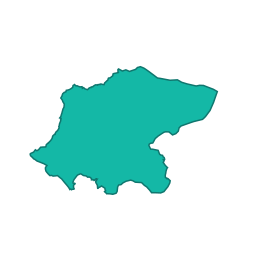 Kakata, Margibi, Liberia (Natural Earth projection), rotated 45°
{"feature_id": "62588387B63407074353739", "entity_name": "Kakata", "entity_type": "district", "adm_level": 2, "iso_a3": "LBR", "parent_name": "Liberia", "parent_adm1": "Margibi", "projection": "natural_earth1", "projection_center": [-10.265, 6.691], "detail": "fine", "context": "isolated", "style": "filled", "palette": "teal", "viewbox_px": 256, "rotation_deg": 45, "n_neighbors": 0, "source": "geoboundaries", "source_scale": "gbopen_adm2", "svg_char_len": 5499}
<svg xmlns="http://www.w3.org/2000/svg" viewBox="0 0 256 256"><g transform="rotate(45 128 128)"><path d="M159.5,189.5L159.5,189.4L161.8,187.3L164.1,185.6L165.7,182.6L165.5,181.7L165.2,180.6L162.6,177.3L162.3,176.9L161.7,174.9L163.1,173.0L163.3,170.1L164.3,167.0L164.4,166.7L164.8,166.2L166.7,163.0L168.9,161.8L171.4,161.2L173.6,159.3L176.2,157.0L180.1,157.0L182.9,156.4L184.2,156.5L186.1,156.6L186.8,156.6L189.9,157.0L190.4,157.1L191.2,156.3L192.8,154.7L197.1,150.7L197.2,150.3L197.5,149.7L198.4,147.6L197.7,141.3L196.4,137.3L195.3,135.8L195.3,135.7L195.0,135.4L194.3,135.5L194.1,135.5L193.8,135.5L192.7,135.5L192.3,135.5L192.0,135.6L190.9,136.0L190.6,136.2L190.7,136.3L190.3,136.3L190.2,136.3L189.8,136.4L189.7,136.4L189.4,136.5L187.8,135.1L187.0,133.9L186.7,133.4L186.5,133.0L186.2,132.8L186.1,132.6L185.4,131.6L185.1,131.0L185.0,130.8L184.8,130.5L184.1,129.1L184.0,128.4L184.0,128.1L183.4,128.1L182.3,128.1L181.6,128.1L181.4,128.1L181.1,128.1L180.9,128.1L177.5,127.5L177.3,127.5L176.7,125.7L175.5,125.4L176.3,124.8L176.1,124.2L174.6,123.4L174.2,123.3L173.8,123.5L173.2,123.5L171.8,122.9L171.3,123.2L170.2,124.0L169.8,124.0L169.6,124.0L168.9,124.2L168.3,123.9L167.3,123.5L165.4,122.6L165.1,122.5L161.6,124.8L161.1,125.1L160.0,125.9L159.1,126.9L157.1,126.3L155.0,125.5L154.8,125.2L154.4,124.2L154.6,123.6L154.7,123.3L154.8,122.8L156.1,121.1L155.5,118.8L155.3,118.3L154.9,116.9L154.7,116.0L154.7,115.4L154.9,114.8L154.9,113.9L155.0,112.6L155.0,112.4L155.0,112.2L155.2,111.4L155.9,107.8L156.1,107.1L156.4,105.6L157.4,103.9L157.5,103.9L159.2,102.3L159.7,101.8L164.4,101.4L165.8,98.2L165.8,96.5L165.8,94.7L164.0,91.7L164.1,89.0L167.3,82.3L167.7,81.5L168.1,80.7L168.2,80.4L170.0,76.8L171.4,74.5L174.6,69.2L174.7,67.3L174.7,65.1L173.6,57.6L170.3,49.2L169.3,47.2L168.9,46.4L165.4,39.1L164.9,39.2L160.9,40.3L158.9,41.2L158.2,41.5L155.3,42.8L151.2,44.6L149.4,46.3L148.5,47.1L146.5,50.1L144.9,51.1L138.7,55.0L134.6,57.2L133.7,57.7L131.4,58.3L128.9,59.0L124.7,63.7L124.0,64.5L116.2,69.8L115.6,70.2L115.5,70.3L113.5,71.8L110.7,72.2L109.1,72.4L102.3,73.4L98.9,74.0L97.0,74.4L95.0,75.2L93.4,75.9L92.2,78.1L91.9,78.5L91.9,80.9L91.9,81.3L91.7,81.6L89.0,87.0L87.1,87.7L86.9,87.8L85.4,88.4L83.7,91.7L79.6,92.9L79.6,93.1L79.5,93.7L80.8,95.0L81.6,95.6L81.7,95.8L81.8,95.8L80.9,97.4L79.5,99.4L79.2,100.4L79.4,100.6L79.7,101.0L80.2,101.8L80.3,101.9L79.9,105.2L78.9,106.5L79.0,106.9L79.4,107.6L79.8,108.2L79.8,108.4L79.8,108.9L79.7,109.6L79.7,110.3L79.7,110.5L79.7,111.8L79.6,112.5L80.4,114.3L79.3,115.1L79.0,115.3L78.9,115.4L77.9,115.9L77.7,116.0L77.5,116.5L77.6,117.0L77.0,117.2L76.8,117.7L76.0,118.7L76.2,119.2L75.4,119.6L74.4,120.6L74.3,121.3L73.9,122.9L74.0,123.8L73.4,124.3L73.1,125.0L73.2,125.5L72.9,125.5L72.2,127.4L72.3,129.5L71.8,129.8L71.4,130.0L71.2,130.1L70.0,130.7L69.8,130.8L68.1,130.8L67.7,132.2L66.3,131.3L65.2,132.6L65.0,132.9L63.7,133.5L62.8,133.9L62.4,134.1L62.2,134.1L61.4,135.0L59.4,135.1L59.3,136.0L59.2,136.6L59.1,136.8L59.9,138.0L60.2,138.5L60.1,138.8L59.8,140.8L59.7,141.4L58.9,143.3L57.7,145.0L58.5,146.2L58.3,146.6L58.2,146.7L57.9,147.9L57.8,148.2L57.7,148.2L57.7,148.6L57.6,149.9L57.8,150.3L58.2,151.2L58.7,152.1L58.8,152.3L58.8,152.5L58.9,152.8L59.2,154.0L59.3,154.3L59.7,154.4L61.3,154.6L61.7,154.7L63.0,155.3L63.8,155.6L64.2,155.7L66.0,156.1L66.5,156.8L66.8,157.0L67.2,157.6L68.0,158.5L68.4,159.8L68.5,160.3L70.0,163.0L70.2,163.3L70.9,164.5L71.3,165.4L71.4,165.6L72.4,167.4L72.6,169.2L73.1,169.0L73.9,168.6L74.4,169.2L74.5,169.8L75.0,170.2L75.3,170.4L76.3,172.8L76.7,173.7L77.4,174.5L77.8,175.1L77.9,175.7L78.3,176.1L79.0,176.4L79.2,176.6L79.2,176.8L79.4,177.3L79.7,178.3L80.0,179.6L79.9,181.7L80.2,182.8L80.5,183.3L80.9,184.0L80.5,184.2L80.5,185.1L80.4,186.4L80.4,186.6L80.5,186.8L80.6,187.2L81.7,189.0L82.1,191.1L82.2,192.0L82.2,192.5L82.2,193.6L82.3,193.7L82.3,194.6L82.1,194.7L82.1,195.2L82.3,195.3L82.1,196.1L82.1,196.3L82.0,196.8L82.0,197.5L82.3,198.0L83.0,199.1L83.2,199.5L82.8,200.0L81.7,201.2L81.4,201.5L79.8,203.4L80.1,206.5L79.8,208.1L79.6,208.5L79.3,208.6L78.8,208.7L78.5,208.8L77.9,208.9L78.3,211.8L77.2,214.7L77.2,215.6L78.7,216.5L81.1,216.4L83.2,216.5L84.6,216.0L86.3,215.8L87.0,215.7L89.2,214.7L94.1,212.6L95.5,212.3L97.2,211.8L97.6,214.3L98.5,215.3L98.8,215.5L100.4,216.5L101.6,216.7L103.8,216.9L106.4,216.9L107.5,215.5L109.0,215.0L110.6,213.1L111.2,212.3L111.8,211.5L115.9,211.1L117.0,210.9L121.6,211.4L125.6,211.7L128.1,212.0L130.3,212.6L130.3,212.3L130.4,211.9L130.5,211.8L130.9,211.6L131.6,211.7L131.9,210.9L132.2,210.5L132.8,209.8L133.0,209.1L131.3,208.4L130.6,207.6L130.1,207.1L130.0,206.7L129.9,206.2L130.1,205.3L129.9,204.9L129.8,204.7L129.2,204.9L128.7,205.5L128.1,205.8L127.3,205.1L126.4,203.0L126.3,202.8L125.8,199.1L125.6,197.5L125.6,197.4L125.6,196.9L126.7,194.2L127.1,193.8L127.9,193.6L128.3,193.4L128.8,193.4L130.1,193.1L131.6,192.0L131.9,191.8L132.8,191.3L133.8,191.4L134.4,191.2L135.1,190.2L135.5,190.0L135.8,189.8L136.5,189.7L136.9,189.7L137.5,189.6L138.0,189.6L138.6,190.3L138.8,190.5L139.5,189.8L140.4,188.8L141.0,189.1L141.1,188.9L141.4,188.3L141.2,187.5L141.4,186.4L141.7,186.1L142.3,186.4L142.4,186.6L142.5,186.4L142.7,187.2L143.0,188.1L143.0,188.5L143.1,188.9L144.4,189.5L146.0,189.9L146.6,190.1L146.8,190.2L147.5,190.7L148.3,191.4L148.9,191.9L149.2,192.1L149.4,191.9L149.5,191.8L149.4,190.7L149.9,189.7L150.0,189.0L150.3,187.7L150.9,187.6L151.9,187.4L153.2,187.1L154.0,187.0L154.3,186.9L155.4,187.8L156.3,188.0L156.6,188.2L156.4,189.0L156.4,189.6L158.5,189.5L158.9,189.5L159.5,189.5Z" fill="#14b8a6" stroke="#0f766e" stroke-width="1.5"/></g></svg>